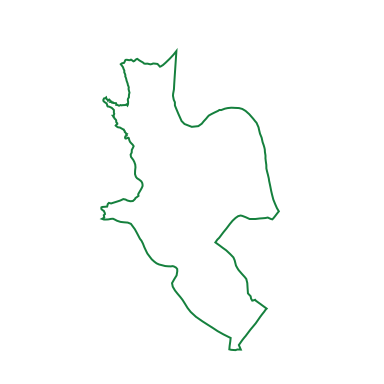 Mukh Kampul, Kândal, Cambodia (Albers equal-area conic projection), rotated 307°
{"feature_id": "14789045B82229492070205", "entity_name": "Mukh Kampul", "entity_type": "district", "adm_level": 2, "iso_a3": "KHM", "parent_name": "Cambodia", "parent_adm1": "Kândal", "projection": "albers", "projection_center": [104.942, 11.775], "detail": "fine", "context": "isolated", "style": "outline", "palette": "green", "viewbox_px": 384, "rotation_deg": 307, "n_neighbors": 0, "source": "geoboundaries", "source_scale": "gbopen_adm2", "svg_char_len": 4869}
<svg xmlns="http://www.w3.org/2000/svg" viewBox="0 0 384 384"><g transform="rotate(307 192 192)"><path d="M116.4,136.3L117.0,138.2L118.2,139.8L119.7,141.6L121.8,143.5L123.1,145.0L123.5,146.8L123.9,149.4L125.1,152.9L126.8,155.8L128.9,159.1L129.8,162.4L129.1,164.7L127.9,168.7L126.7,171.4L125.4,174.2L123.3,178.6L122.7,180.9L121.3,183.8L119.2,187.2L117.1,191.2L116.0,193.4L114.8,197.5L114.0,200.4L113.7,203.8L113.7,206.6L114.3,209.3L115.6,212.4L116.7,215.1L118.2,217.5L119.8,219.8L121.2,221.2L121.7,222.6L122.0,224.7L121.6,226.5L119.9,227.9L116.1,229.9L111.7,230.3L107.2,230.9L104.8,233.6L103.1,237.7L102.1,241.5L101.1,245.9L100.2,249.2L99.2,251.9L96.7,258.3L95.4,263.2L94.7,270.3L95.0,278.2L95.5,284.8L96.0,291.0L96.3,296.1L97.2,302.7L98.2,308.2L98.7,310.7L95.5,312.6L91.7,314.7L88.8,316.5L89.5,318.2L90.7,320.1L91.9,321.9L93.6,323.1L95.5,325.8L98.0,321.5L103.8,321.3L104.6,321.3L108.0,321.4L108.7,321.5L113.5,321.5L117.2,321.5L125.2,321.9L125.9,321.9L133.4,321.6L136.6,321.6L139.8,321.7L142.2,321.6L143.8,321.8L143.6,308.3L143.9,307.3L142.3,306.2L141.5,305.5L142.4,303.3L144.0,301.6L144.7,297.7L149.2,293.8L152.6,290.9L155.2,287.7L155.8,285.5L156.7,280.8L157.7,276.2L158.4,274.3L159.7,271.4L163.1,267.2L164.7,264.4L165.4,259.9L166.0,254.4L165.9,250.4L165.9,246.2L165.8,241.0L169.2,240.9L171.8,241.3L174.2,241.3L178.6,241.3L183.7,241.5L189.3,241.5L193.5,241.7L197.5,242.4L200.5,243.4L202.5,245.0L203.2,246.6L204.2,250.1L205.1,254.2L207.0,256.8L208.7,259.0L211.6,262.0L213.6,264.3L215.3,266.2L217.2,267.9L217.9,271.1L218.5,272.6L219.9,272.8L222.7,272.9L226.2,272.9L228.8,273.0L230.3,269.4L232.5,265.5L234.9,261.5L238.0,257.6L240.5,254.6L243.2,251.6L245.4,249.1L247.3,246.9L249.1,245.1L250.5,243.4L251.6,242.1L252.2,241.3L253.8,239.3L255.6,237.2L258.3,235.1L260.8,232.6L263.2,230.3L264.1,229.7L265.5,228.6L267.8,226.2L269.8,224.5L271.0,223.1L272.5,221.1L274.3,218.4L277.3,214.9L279.5,211.2L282.3,207.8L283.7,206.2L286.1,201.9L286.3,201.1L286.4,200.4L287.4,196.6L288.6,190.9L289.0,186.0L288.6,182.2L288.0,180.7L287.3,179.0L284.9,175.5L283.0,172.7L280.4,169.9L278.3,168.1L275.0,166.0L274.0,164.5L272.5,164.0L269.5,162.4L267.1,161.2L265.2,160.3L263.1,159.4L261.8,159.3L260.5,159.2L259.5,159.2L255.5,158.8L252.4,158.7L248.4,157.4L243.9,152.6L241.8,145.1L242.4,141.0L246.2,134.1L248.6,130.0L250.8,126.3L253.4,124.3L254.7,121.9L257.4,118.9L259.1,117.8L261.7,116.5L263.1,115.8L267.7,112.7L272.1,109.8L295.2,94.7L290.6,94.6L285.0,94.0L279.3,93.1L275.9,92.4L273.6,91.5L272.8,91.0L273.5,87.4L272.2,85.1L271.2,83.6L270.0,82.9L268.9,81.9L268.2,80.3L267.8,79.3L266.4,77.6L265.8,76.6L265.9,74.6L265.6,72.5L265.4,70.5L265.4,68.2L264.7,67.7L263.7,67.4L262.9,67.3L261.9,67.1L261.1,66.6L261.1,65.2L261.0,63.6L259.9,63.1L259.2,62.0L258.4,60.4L257.7,59.6L257.0,59.4L255.6,59.8L254.2,60.0L253.6,59.4L252.4,58.5L251.2,58.2L250.7,60.0L250.1,61.9L249.2,63.1L248.3,64.8L246.7,66.0L246.2,67.1L245.2,68.5L244.2,69.1L243.2,70.8L242.3,71.9L241.5,72.8L240.8,73.9L239.8,75.4L238.7,76.6L238.2,77.6L237.3,78.7L236.1,79.3L234.8,80.9L233.7,82.3L232.2,82.9L231.2,83.5L229.5,84.7L228.3,84.7L227.7,84.9L226.9,85.3L225.9,86.4L224.5,87.5L223.9,87.8L223.2,88.2L222.2,88.4L222.4,87.6L222.5,86.9L221.9,86.8L221.2,86.3L219.7,84.4L218.8,83.6L218.5,82.7L217.0,81.8L216.7,80.4L216.6,79.7L216.0,79.1L216.8,78.4L217.2,77.9L216.3,76.5L215.9,75.9L216.0,75.1L215.2,74.6L215.4,73.7L214.9,72.8L215.7,72.9L215.5,71.8L215.9,71.1L216.0,70.3L215.2,70.1L214.4,70.0L215.0,69.1L214.7,68.1L215.3,67.1L215.8,66.5L214.9,66.3L213.7,65.4L212.1,65.8L211.4,66.5L211.2,67.8L211.3,70.1L210.9,71.3L209.9,72.4L209.6,73.2L210.1,74.0L210.4,75.0L210.9,77.2L210.7,78.9L210.5,80.2L209.7,80.9L208.8,81.5L208.1,82.1L207.8,82.7L207.0,83.1L206.3,83.1L205.7,83.7L205.2,83.0L204.9,83.9L204.5,84.5L204.4,85.5L204.0,86.1L204.0,87.1L203.7,88.1L203.2,88.7L202.3,89.3L202.1,89.9L201.9,91.0L201.4,91.4L200.1,91.1L199.1,91.1L199.0,92.8L199.1,93.8L199.7,95.0L200.1,95.6L200.2,96.5L200.5,98.8L200.8,100.0L200.3,100.5L200.1,101.8L199.4,102.3L199.4,103.2L199.1,104.0L199.2,105.1L198.3,105.0L197.9,105.8L196.4,105.3L195.7,105.5L195.0,105.9L194.7,106.7L195.3,107.4L196.9,108.3L197.0,109.1L195.7,110.7L194.8,112.2L194.4,113.9L194.1,116.1L193.5,117.8L191.9,118.2L189.4,118.6L187.2,120.1L184.9,120.5L183.3,122.2L182.3,125.7L181.3,127.8L179.7,130.2L177.7,132.0L174.8,133.7L172.0,135.7L171.1,137.0L170.4,138.0L169.9,139.8L170.1,142.4L170.0,145.1L169.3,146.7L168.5,147.7L167.5,148.6L166.8,149.0L165.2,149.4L163.2,149.7L161.6,149.9L158.8,150.2L157.8,150.4L156.7,151.6L154.6,151.0L153.2,150.5L151.8,150.7L149.2,150.2L147.5,148.3L146.3,145.5L146.0,143.5L145.0,141.4L142.1,139.9L139.1,137.8L135.9,135.5L134.2,134.3L133.6,133.0L133.3,132.2L131.7,132.0L129.3,133.0L128.1,131.7L126.1,129.4L125.3,128.9L124.6,129.2L123.8,130.1L123.7,131.8L123.9,132.8L122.8,134.9L122.0,135.8L120.4,135.5L118.9,137.2L117.5,136.8L116.4,136.3Z" fill="none" stroke="#15803d" stroke-width="2"/></g></svg>